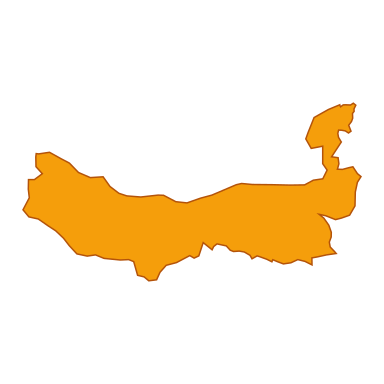 Mamountali, Paphos, Cyprus
{"feature_id": "46923920B96361744378997", "entity_name": "Mamountali", "entity_type": "district", "adm_level": 2, "iso_a3": "CYP", "parent_name": "Cyprus", "parent_adm1": "Paphos", "projection": "orthographic", "projection_center": [32.61, 34.916], "detail": "fine", "context": "isolated", "style": "filled", "palette": "amber", "viewbox_px": 384, "rotation_deg": 0, "n_neighbors": 0, "source": "geoboundaries", "source_scale": "gbopen_adm2", "svg_char_len": 1942}
<svg xmlns="http://www.w3.org/2000/svg" viewBox="0 0 384 384"><path d="M339.7,104.8L328.4,109.5L314.1,117.5L308.1,132.5L305.8,138.9L311.2,148.4L322.7,146.2L322.7,152.9L322.7,163.7L327.1,170.1L322.8,178.8L313.3,180.2L304.6,184.9L290.1,185.1L271.9,184.7L252.4,184.5L241.6,183.5L236.3,184.7L211.9,195.1L200.4,198.2L187.0,202.9L175.8,201.7L163.6,195.3L158.1,195.1L140.8,197.0L126.8,195.9L118.9,193.3L110.0,186.5L103.1,176.8L90.3,177.6L78.5,172.5L69.4,163.1L61.2,158.8L49.5,152.3L46.7,152.7L38.7,153.9L36.2,153.6L35.8,157.0L36.0,166.7L42.3,173.7L34.4,179.6L28.5,179.6L28.3,189.2L29.3,197.8L23.0,209.8L26.5,214.0L28.9,216.9L38.3,219.0L48.2,225.9L55.7,230.8L63.5,238.2L69.3,245.7L76.9,253.9L87.2,256.1L95.5,254.9L104.1,258.4L120.3,260.0L128.7,259.6L133.7,261.6L137.6,275.3L144.1,276.9L148.8,280.8L156.6,279.8L160.0,272.3L166.2,265.3L176.5,262.6L185.4,257.9L189.8,255.6L194.1,258.1L198.8,255.9L203.2,242.6L209.4,247.6L212.1,249.8L213.7,246.5L217.0,243.9L226.3,245.9L230.2,250.2L233.5,251.5L239.2,251.1L244.3,252.0L250.0,255.3L252.0,258.8L257.1,255.9L260.0,256.8L266.9,259.3L271.9,261.8L272.8,259.7L277.3,261.6L283.4,263.9L290.9,262.8L297.8,259.6L305.0,261.4L312.0,264.9L311.9,257.9L317.4,256.9L326.5,254.9L336.2,253.5L334.5,251.5L330.2,247.0L329.3,242.1L331.2,237.0L331.3,232.3L328.8,225.2L323.8,218.1L319.1,214.3L319.7,214.4L325.9,215.8L335.5,219.6L341.4,218.1L349.6,215.2L355.0,205.9L355.0,205.6L355.3,192.4L355.3,192.1L357.4,182.3L361.0,176.6L357.4,173.6L352.9,166.8L349.2,167.6L342.5,169.4L337.4,169.2L337.5,168.9L338.9,163.8L338.1,157.7L331.6,156.8L331.8,156.5L341.3,142.0L341.2,141.9L338.5,137.3L337.8,133.3L337.9,133.0L338.6,130.1L341.5,130.2L345.3,130.9L348.5,133.0L351.0,131.2L348.7,125.3L348.8,125.1L351.5,121.5L352.7,118.2L352.5,113.6L352.6,113.3L354.1,111.4L354.0,108.9L354.1,108.7L355.8,105.2L353.3,103.2L350.5,105.0L345.7,104.8L343.2,104.9L340.6,106.8L339.7,105.1L339.7,104.8Z" fill="#f59e0b" stroke="#b45309" stroke-width="1.5"/></svg>